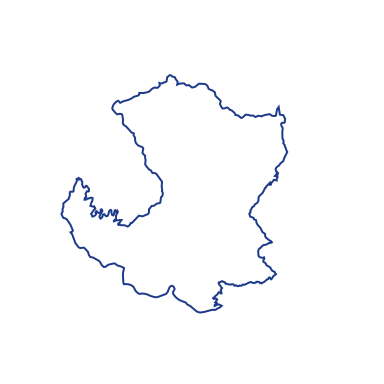 the district of Mphaki, Quthing, Lesotho, rotated 228°
{"feature_id": "5366337B73026559585968", "entity_name": "Mphaki", "entity_type": "district", "adm_level": 2, "iso_a3": "LSO", "parent_name": "Lesotho", "parent_adm1": "Quthing", "projection": "natural_earth1", "projection_center": [28.183, -30.161], "detail": "fine", "context": "isolated", "style": "outline", "palette": "blue", "viewbox_px": 384, "rotation_deg": 228, "n_neighbors": 0, "source": "geoboundaries", "source_scale": "gbopen_adm2", "svg_char_len": 6030}
<svg xmlns="http://www.w3.org/2000/svg" viewBox="0 0 384 384"><g transform="rotate(228 192 192)"><path d="M197.2,313.3L196.6,310.6L192.7,305.6L192.7,304.9L193.6,303.8L195.5,302.3L197.8,301.9L200.3,297.9L201.4,295.6L201.5,294.5L204.4,292.2L205.2,289.4L207.9,288.6L209.6,286.6L211.8,285.3L213.6,283.5L213.5,279.9L214.1,278.1L218.2,277.4L220.2,275.8L221.3,276.4L222.8,276.5L226.1,276.1L227.7,275.2L230.9,274.9L231.7,274.0L232.1,272.7L233.0,271.2L233.9,270.5L237.1,271.1L238.8,271.8L240.0,273.8L240.9,274.3L247.7,273.8L250.8,275.7L253.9,275.1L255.4,274.2L257.6,273.4L260.1,274.4L262.3,274.4L264.1,273.5L267.8,269.6L268.1,264.6L269.5,262.0L273.6,261.2L275.0,259.1L278.1,258.8L280.7,255.5L281.7,252.8L283.4,255.1L287.4,255.5L288.6,256.1L291.0,254.6L292.4,254.6L293.7,253.7L293.9,250.4L291.3,247.2L291.4,245.9L292.2,244.7L292.4,243.1L293.4,241.5L294.8,240.8L292.6,239.2L292.4,236.3L293.3,235.1L294.4,234.5L295.0,233.2L295.4,231.6L295.3,227.4L296.0,225.7L297.8,222.4L300.9,219.1L299.7,217.9L299.8,216.3L301.8,212.2L301.8,210.4L303.0,206.3L305.5,201.4L306.3,198.3L309.1,198.3L309.8,196.3L309.6,193.0L309.0,191.1L307.6,188.8L306.3,188.2L301.6,188.1L299.7,188.4L298.5,190.6L297.3,191.7L296.3,191.9L291.9,189.2L289.4,186.6L287.6,186.2L284.5,186.9L276.5,186.9L274.5,188.0L273.1,186.5L270.5,186.0L268.6,184.4L266.1,183.1L262.6,183.1L258.6,185.1L257.0,185.0L254.2,181.3L250.2,181.3L249.3,180.4L246.7,178.8L244.0,175.8L242.3,175.3L237.2,175.2L235.5,175.9L232.7,175.3L230.4,177.4L228.9,177.6L219.7,176.6L216.3,173.1L213.9,171.6L212.9,170.3L211.3,169.9L209.6,168.5L208.8,167.0L208.8,165.4L205.5,161.6L205.3,160.7L206.9,158.2L207.2,154.9L207.7,153.7L208.6,152.8L207.9,148.4L205.9,146.6L205.1,145.3L205.1,144.4L207.0,139.0L210.0,136.6L209.2,126.7L210.0,125.6L209.2,124.1L209.2,121.9L209.4,121.1L212.4,119.6L215.4,116.5L216.2,116.2L216.6,115.4L217.2,115.3L217.9,116.1L217.4,117.5L218.3,119.4L218.1,120.4L218.3,120.9L221.6,116.8L222.4,114.3L222.9,114.6L223.0,117.6L225.5,119.9L226.4,122.7L227.0,123.7L227.8,123.9L227.1,122.5L227.5,122.1L229.8,122.9L230.0,122.2L227.5,118.8L227.3,117.8L228.1,117.3L230.3,118.1L232.2,119.7L233.0,119.7L233.4,118.9L233.0,117.1L231.3,114.9L230.7,113.4L231.5,111.9L234.2,112.0L234.8,110.6L233.4,108.6L233.3,106.4L234.8,106.2L235.6,106.9L236.3,107.8L237.7,112.5L238.2,113.0L239.7,113.2L240.0,112.2L238.4,111.2L238.1,110.4L238.9,108.7L239.8,108.1L240.7,108.5L241.6,108.3L241.8,107.7L241.3,106.5L240.2,106.3L239.7,105.8L239.5,105.0L239.5,103.5L240.0,102.1L240.5,101.5L241.5,102.1L243.2,102.3L244.4,107.5L244.2,108.9L244.7,109.3L246.9,109.6L247.0,108.9L249.7,107.2L251.5,110.2L252.1,111.9L253.9,114.1L255.3,113.3L255.7,112.7L256.0,111.3L257.0,110.1L257.1,108.4L258.2,107.0L259.4,108.5L259.2,109.9L260.2,110.9L262.0,111.8L262.8,114.6L261.6,115.5L261.6,116.1L263.2,117.5L266.8,117.8L267.6,117.2L267.1,115.6L267.6,114.5L268.4,114.4L271.0,115.3L273.2,117.4L274.4,117.4L275.4,118.1L278.3,117.2L278.2,116.6L277.4,116.5L277.0,116.0L277.5,115.5L278.5,115.5L278.9,115.1L276.9,113.3L274.8,107.8L271.8,104.3L271.9,103.7L273.7,101.7L273.5,101.0L270.9,98.6L270.4,97.1L269.4,96.0L269.6,88.7L266.9,86.4L265.8,84.2L263.8,82.6L263.7,81.5L262.8,80.1L259.1,79.1L258.2,79.4L257.4,80.1L255.4,80.7L249.2,79.8L243.2,77.8L242.7,76.5L243.3,74.8L240.7,74.6L232.1,71.2L226.7,70.7L224.9,71.6L223.8,73.5L222.5,74.6L217.0,74.6L214.1,73.2L211.8,72.9L209.7,74.5L203.5,76.7L202.1,76.9L197.7,76.0L195.3,76.3L194.3,77.5L194.0,81.0L191.4,85.9L190.3,86.9L187.4,87.4L183.6,89.7L180.9,90.6L177.9,86.4L176.7,85.3L170.8,80.5L169.1,79.7L166.3,82.8L163.5,84.4L161.8,84.9L160.4,85.0L156.2,83.9L152.7,84.2L151.2,85.0L150.1,86.8L148.3,88.6L145.1,90.6L142.8,91.5L140.6,92.8L138.7,94.0L137.2,95.6L133.7,104.2L133.9,106.7L135.8,110.6L136.4,112.6L135.7,114.4L134.0,115.0L131.7,114.3L131.1,113.4L130.3,110.8L128.5,109.7L124.3,109.5L120.2,110.3L113.9,113.4L111.7,113.2L108.4,114.4L100.0,115.6L98.0,116.6L96.6,117.9L94.6,121.0L91.0,128.1L90.2,129.2L89.4,129.5L88.5,131.4L88.4,132.8L87.6,135.2L87.5,137.9L89.8,137.1L91.1,136.1L92.2,132.6L92.8,133.1L92.3,135.9L92.7,136.2L94.4,135.3L95.1,138.7L96.4,138.8L97.9,136.7L99.0,136.6L99.2,137.3L98.5,138.2L99.1,139.8L98.9,142.4L99.5,144.2L99.5,145.1L98.7,145.5L97.2,145.5L96.9,146.1L100.2,148.1L100.3,149.6L100.6,150.1L105.4,150.4L106.5,150.8L106.9,151.5L106.0,152.8L105.9,154.1L105.3,155.0L104.5,155.0L103.0,156.0L101.3,155.6L100.7,156.5L99.9,156.6L97.3,158.8L96.5,160.3L95.5,161.0L94.0,160.8L93.1,162.4L92.3,162.4L91.2,163.2L90.7,164.1L90.7,164.7L89.2,166.1L89.3,167.6L87.9,169.0L86.3,174.5L85.5,175.7L83.9,176.2L82.5,177.7L81.9,179.1L82.2,179.7L81.1,181.0L80.2,181.7L78.7,181.6L78.2,182.6L77.6,182.6L76.8,186.1L76.9,189.1L76.3,190.1L76.3,190.7L76.9,191.5L76.8,192.2L76.5,192.6L74.2,192.4L74.2,193.6L75.0,195.9L74.7,200.4L74.9,199.7L75.6,199.3L77.5,200.0L79.2,199.0L81.7,199.1L83.5,199.7L87.4,198.4L90.2,199.0L92.3,198.3L93.3,199.1L94.2,201.3L95.2,201.8L95.7,200.6L97.5,199.1L98.9,198.6L100.0,198.7L103.7,201.5L104.8,203.5L104.9,204.4L104.6,205.2L104.9,208.5L104.7,209.6L103.4,211.6L102.4,215.3L101.5,216.5L101.2,217.7L102.6,217.8L104.4,217.1L108.9,216.4L110.3,216.9L112.0,218.3L115.2,217.5L119.2,218.8L124.0,218.8L126.5,219.6L128.2,220.8L130.2,219.8L131.6,220.4L134.9,218.8L137.6,220.1L137.6,221.4L138.0,221.7L138.1,222.4L139.1,222.9L139.7,225.1L140.3,226.1L140.3,227.6L140.0,228.1L140.7,230.7L140.3,232.8L140.9,235.2L141.8,236.5L142.9,237.1L143.9,238.8L144.1,244.1L146.1,249.0L145.9,250.0L146.4,250.7L146.7,255.1L146.1,254.3L145.5,254.4L144.7,255.6L145.8,257.2L145.8,258.9L146.3,261.1L143.9,262.6L145.6,264.5L145.6,265.3L146.8,266.2L147.3,265.8L147.4,265.2L148.4,264.4L148.7,266.7L148.0,267.9L148.4,268.5L149.3,267.6L149.9,268.6L151.2,268.4L152.9,269.3L153.5,270.2L153.8,272.1L153.5,274.5L154.1,276.8L153.9,280.6L155.5,283.2L158.0,289.6L160.3,290.2L162.4,291.3L163.6,291.4L164.9,292.3L167.1,292.4L168.1,293.9L171.7,295.4L176.0,299.1L178.8,302.2L181.2,302.7L182.4,303.4L183.0,303.9L183.2,304.7L182.8,305.8L181.8,306.7L181.8,307.7L184.2,310.2L188.0,311.2L190.7,309.1L197.2,313.3Z" fill="none" stroke="#1e3a8a" stroke-width="2"/></g></svg>